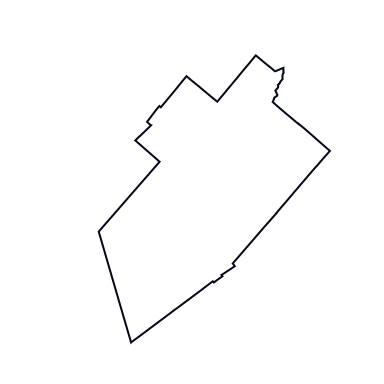 Presidente Roque Sáenz Peña, Córdoba, Argentina, rotated 131°
{"feature_id": "61730980B59546711189461", "entity_name": "Presidente Roque Sáenz Peña", "entity_type": "district", "adm_level": 2, "iso_a3": "ARG", "parent_name": "Argentina", "parent_adm1": "Córdoba", "projection": "robinson", "projection_center": [-63.913, -34.182], "detail": "fine", "context": "isolated", "style": "outline", "palette": "ink", "viewbox_px": 384, "rotation_deg": 131, "n_neighbors": 0, "source": "geoboundaries", "source_scale": "gbopen_adm2", "svg_char_len": 3384}
<svg xmlns="http://www.w3.org/2000/svg" viewBox="0 0 384 384"><g transform="rotate(131 192 192)"><path d="M70.5,114.9L70.5,117.9L70.5,120.6L70.5,122.5L70.5,128.6L70.4,136.5L70.4,140.9L70.4,148.8L70.5,152.5L70.6,156.6L70.8,156.5L70.9,160.0L71.1,171.6L71.2,179.9L71.2,183.0L71.2,186.1L71.1,190.2L70.8,190.3L70.6,190.3L70.4,190.4L70.1,190.5L69.9,190.5L69.6,190.6L69.3,190.7L69.2,190.8L68.9,190.9L68.6,191.0L68.3,191.1L68.1,191.2L67.9,191.3L67.5,191.5L67.4,191.6L67.1,191.6L66.9,191.6L66.7,191.6L66.4,191.7L66.1,191.6L65.9,191.6L65.6,191.5L65.4,191.5L65.2,191.4L64.9,191.3L64.7,191.2L64.3,191.0L64.2,190.9L63.8,190.9L63.6,191.0L63.4,191.1L63.1,191.2L62.9,191.2L62.8,191.3L62.7,191.3L62.6,191.6L62.5,191.9L62.4,192.1L62.3,192.3L62.2,192.5L61.9,192.9L61.8,193.2L61.7,193.3L61.6,193.5L61.5,194.0L61.4,194.2L61.3,194.4L61.2,194.6L61.2,194.8L61.0,195.0L60.8,195.3L60.7,195.6L60.4,195.6L60.2,195.6L59.8,195.6L59.6,195.6L59.4,195.6L59.2,195.6L58.8,195.6L58.6,195.6L58.4,195.6L58.2,195.6L57.8,195.6L57.5,195.6L57.3,195.6L57.1,195.6L56.9,195.6L56.7,195.6L56.3,195.8L56.2,195.9L56.0,196.0L55.9,196.2L55.7,196.3L55.6,196.5L55.4,196.6L55.3,196.8L55.1,196.9L55.0,197.1L54.8,197.2L54.7,197.4L54.4,197.3L54.3,197.2L54.1,197.2L53.8,197.2L53.6,197.2L53.5,197.3L53.3,197.4L53.1,197.3L52.8,197.2L52.5,197.2L52.3,197.2L52.1,197.2L51.8,197.3L51.6,197.5L51.4,197.6L51.0,197.7L50.7,197.7L50.4,197.7L50.2,197.7L49.8,197.7L49.6,197.7L49.4,197.7L49.2,197.7L48.8,197.7L48.6,197.7L48.4,197.7L48.2,197.7L47.8,197.7L47.6,197.7L47.4,197.7L47.3,197.9L47.1,198.0L46.8,198.3L46.7,198.4L46.5,198.6L46.4,198.7L46.3,198.8L46.1,199.0L45.8,199.3L45.6,199.4L45.4,199.6L45.2,199.8L44.8,200.0L44.6,200.1L44.4,200.2L44.2,200.3L44.0,200.5L43.8,200.6L43.6,200.7L43.4,200.9L43.2,201.0L42.8,201.1L42.7,201.1L42.3,200.9L42.2,200.9L42.0,201.0L41.9,201.2L41.7,201.3L41.5,201.6L41.3,201.7L41.2,201.9L41.0,202.0L40.9,202.1L40.8,202.3L40.6,202.4L40.4,202.6L40.1,202.9L40.0,203.0L39.8,203.2L39.8,203.3L39.6,203.4L39.5,203.6L39.3,203.7L39.1,203.9L39.0,204.0L38.8,204.2L38.7,204.4L38.5,204.5L40.2,205.4L41.2,205.9L43.8,207.1L46.4,208.5L46.5,209.2L46.5,211.4L46.5,213.5L46.9,223.5L46.9,226.7L46.9,228.5L47.1,233.5L59.6,233.2L67.1,233.1L70.9,233.0L73.5,232.9L76.7,232.8L82.4,232.7L87.2,232.6L92.0,232.5L94.6,232.4L100.7,232.3L101.8,232.3L107.3,232.1L107.6,244.2L107.8,256.1L108.1,264.9L108.2,268.9L108.2,272.1L110.2,272.1L128.3,271.5L133.4,271.4L143.1,271.2L148.5,271.1L148.5,273.0L152.6,273.0L158.8,272.6L168.6,271.9L168.6,267.5L168.6,266.9L168.5,266.7L177.8,267.4L181.1,267.8L184.2,268.0L184.4,268.2L185.0,268.2L188.7,268.5L190.1,268.6L190.3,268.6L190.3,268.0L190.4,236.6L190.4,236.3L283.1,236.4L333.5,158.0L338.8,149.7L344.0,141.6L345.5,139.3L345.4,139.3L337.0,137.4L322.7,134.3L297.2,128.8L296.4,128.7L296.0,128.6L291.4,127.6L289.4,127.1L268.3,122.5L266.0,122.0L261.1,120.9L257.4,120.2L245.7,117.7L245.8,116.8L245.9,116.1L243.3,115.6L235.6,113.8L235.3,115.3L225.7,112.6L219.9,111.0L219.2,114.4L207.3,114.4L174.5,114.5L171.0,114.5L165.6,114.5L165.6,114.4L154.7,114.4L152.3,114.3L152.3,114.5L145.2,114.6L143.3,114.6L141.9,114.6L140.5,114.6L138.0,114.6L132.8,114.7L129.3,114.7L127.5,114.7L125.2,114.8L122.5,114.8L119.8,114.8L117.2,114.9L114.7,114.9L112.0,114.9L111.6,114.9L106.8,114.9L102.7,115.0L101.6,115.0L96.9,115.0L91.3,115.0L90.9,114.9L86.1,114.9L80.9,115.0L76.0,114.9L70.5,114.9Z" fill="none" stroke="#020617" stroke-width="2"/></g></svg>